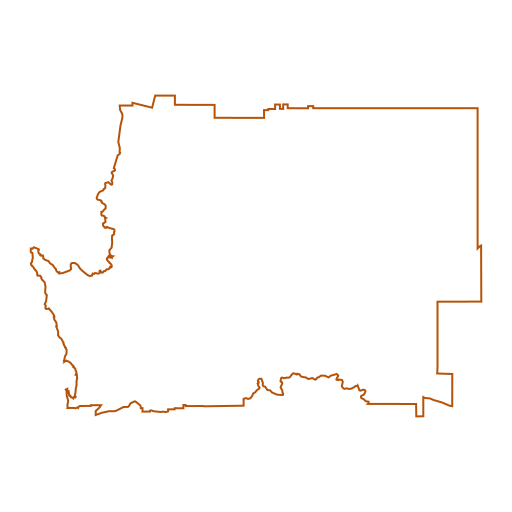 outline of Murray, Western Australia, Australia
{"feature_id": "25037944B25972327200509", "entity_name": "Murray", "entity_type": "district", "adm_level": 2, "iso_a3": "AUS", "parent_name": "Australia", "parent_adm1": "Western Australia", "projection": "mercator", "projection_center": [115.802, -32.624], "detail": "fine", "context": "isolated", "style": "outline", "palette": "amber", "viewbox_px": 512, "rotation_deg": 0, "n_neighbors": 0, "source": "geoboundaries", "source_scale": "gbopen_adm2", "svg_char_len": 5932}
<svg xmlns="http://www.w3.org/2000/svg" viewBox="0 0 512 512"><path d="M477.6,248.5L477.6,108.2L313.2,108.2L313.2,106.1L308.1,106.1L308.1,108.3L287.7,108.2L287.7,104.4L283.2,104.4L283.2,108.9L279.9,108.8L279.9,104.5L275.1,104.5L275.1,109.0L268.3,109.0L268.2,110.1L264.0,110.1L264.1,117.9L214.6,117.8L214.6,104.9L174.9,104.8L174.9,95.6L155.2,95.6L152.1,107.7L132.5,102.8L132.5,105.5L119.7,105.5L120.1,109.9L122.2,113.8L122.5,115.9L122.3,118.2L120.5,125.4L118.3,142.0L119.8,148.0L119.6,152.4L120.1,152.8L119.6,154.0L117.7,155.4L113.8,168.2L114.7,168.9L115.1,170.2L114.2,171.0L113.4,171.1L111.7,172.3L111.9,173.3L113.2,175.5L112.4,178.9L111.4,180.4L112.3,182.3L112.2,184.3L111.8,184.7L110.8,184.5L108.4,182.2L105.3,183.1L105.1,184.0L105.4,185.3L105.2,188.2L103.5,189.2L103.3,190.3L99.7,191.9L99.0,192.6L97.8,194.6L96.7,197.8L96.8,198.8L97.6,199.6L100.6,200.3L101.4,200.8L101.9,201.8L100.8,200.9L102.0,202.8L104.7,204.4L105.7,205.7L105.6,208.4L104.5,209.3L102.5,211.7L101.3,211.9L101.4,214.8L101.7,215.5L103.2,215.7L104.3,216.2L104.8,216.6L104.9,217.5L106.0,218.0L105.1,218.5L105.5,222.0L102.9,223.6L103.1,225.4L103.5,226.2L105.2,227.9L106.3,227.8L106.5,227.0L107.7,227.2L109.6,228.1L113.8,229.1L114.4,229.9L114.5,231.5L114.0,232.0L114.2,233.9L113.6,234.7L112.5,235.1L112.1,235.8L112.3,236.3L111.9,237.4L112.2,242.7L111.6,247.6L109.3,250.4L109.6,253.5L110.4,255.2L111.0,255.5L110.4,255.8L110.3,256.3L111.0,256.1L111.9,256.7L111.9,256.4L111.7,256.4L111.9,256.2L112.9,256.3L111.9,257.1L111.9,257.5L111.6,257.3L111.1,257.7L110.6,257.6L111.5,257.1L110.8,257.3L110.4,256.8L108.9,256.7L109.0,257.1L109.4,257.1L108.7,257.4L108.6,256.3L106.8,258.6L106.9,259.4L107.9,261.0L109.5,262.5L109.6,263.1L110.4,263.4L111.3,264.6L111.8,265.8L111.6,266.7L110.2,266.7L110.0,267.3L110.4,267.6L109.5,267.9L109.0,268.9L107.7,269.4L106.6,269.3L105.2,271.0L104.1,271.0L103.1,272.3L102.7,272.2L101.9,272.7L101.2,272.3L101.0,271.8L100.7,271.7L100.4,270.6L99.8,270.8L99.9,271.2L99.6,271.5L100.1,272.0L100.1,272.7L98.4,273.7L95.0,273.0L94.2,273.9L93.5,273.9L92.8,273.5L92.4,274.0L92.1,275.5L89.9,276.1L87.5,275.0L81.8,270.4L79.7,268.1L78.2,265.5L77.0,264.4L74.7,263.0L72.2,263.0L71.2,263.5L70.6,265.4L71.2,268.9L69.6,270.5L63.5,272.8L61.4,273.3L59.8,273.2L59.2,273.6L58.4,272.7L58.7,272.2L57.8,272.3L57.4,272.0L56.2,270.5L55.8,268.8L55.0,268.3L52.7,265.0L50.0,263.3L48.5,261.1L45.2,259.9L43.2,258.2L43.2,256.7L42.8,255.4L41.0,255.7L40.2,255.1L40.4,254.3L38.8,253.4L38.2,251.3L38.4,250.4L38.9,249.8L38.7,249.2L34.0,247.3L33.6,247.3L32.6,248.7L30.8,248.5L30.7,251.5L31.1,252.5L32.2,252.8L32.5,253.5L32.8,257.5L31.9,262.2L30.9,263.2L31.0,264.1L31.5,264.8L31.4,265.4L33.2,266.8L34.1,268.7L35.3,269.8L35.4,270.4L36.3,271.0L37.0,272.4L37.3,273.9L37.1,274.4L37.5,275.6L40.1,275.7L41.5,277.6L41.3,278.3L42.1,279.7L44.6,282.2L45.5,286.6L45.1,292.5L46.3,294.8L46.8,295.1L46.1,301.3L44.7,304.2L45.8,305.8L45.4,307.6L45.6,308.6L45.9,308.9L48.5,308.8L49.6,309.5L49.6,309.3L51.8,311.9L54.1,315.5L54.2,316.1L53.7,316.8L54.4,317.3L54.1,318.6L54.3,319.6L55.9,321.8L56.4,323.0L56.8,326.1L56.2,326.4L58.0,331.2L58.2,332.5L58.0,335.1L59.3,337.1L61.3,338.8L62.0,340.0L63.6,342.9L63.4,343.7L63.9,344.3L63.9,345.1L64.8,346.1L65.0,347.3L65.8,347.8L65.7,348.3L66.6,349.8L66.5,353.6L65.0,356.3L64.3,359.8L63.8,360.9L64.2,361.4L65.0,361.1L64.8,361.5L65.6,361.0L67.7,361.1L70.6,362.9L71.5,364.3L72.7,365.3L73.5,366.9L73.4,367.3L73.7,367.4L73.7,366.9L73.0,365.5L73.5,366.0L74.0,367.3L75.3,368.8L75.5,370.3L76.3,371.7L76.6,373.5L75.9,374.0L75.7,374.8L76.8,374.8L77.2,378.4L76.8,378.9L76.8,380.7L76.4,381.7L76.7,384.2L76.4,384.6L76.5,386.0L75.9,387.7L75.4,393.1L74.9,394.7L74.9,395.8L75.6,396.4L75.6,397.2L74.9,397.6L73.9,397.2L73.3,398.3L72.9,397.6L71.0,397.3L70.4,395.7L69.6,395.9L69.2,395.5L68.8,392.6L68.5,393.1L67.5,392.0L68.0,390.7L67.0,390.0L67.2,388.9L65.8,389.5L66.5,390.8L66.8,396.0L67.4,397.7L68.2,401.0L67.3,405.5L67.7,406.7L67.4,408.0L73.7,407.9L75.5,408.3L77.4,407.5L78.1,407.9L78.1,407.2L79.8,406.0L90.9,405.9L90.9,405.2L101.0,405.2L99.6,407.4L95.7,411.0L95.7,415.0L102.1,412.7L109.0,411.2L114.7,411.2L117.1,410.3L123.5,407.0L128.0,406.9L129.0,406.0L130.5,403.3L134.8,401.3L135.6,401.6L140.2,405.3L140.6,406.0L140.8,408.1L142.5,408.1L142.5,411.6L149.9,411.6L149.9,410.7L151.6,410.4L153.0,411.1L157.7,411.7L161.1,412.0L163.0,411.6L165.6,412.1L168.1,411.4L168.1,409.3L174.6,409.3L174.7,408.2L183.4,408.3L183.4,405.0L185.6,405.0L185.8,406.1L203.0,406.0L203.9,406.3L243.6,405.7L243.6,398.9L245.7,398.1L248.1,398.9L250.4,398.3L252.2,395.9L253.2,393.4L255.1,392.4L256.7,390.4L259.3,388.4L259.6,387.8L259.3,387.0L258.5,386.3L258.1,385.2L258.2,384.3L257.7,383.7L258.7,382.8L258.5,381.7L258.0,381.6L257.9,380.8L258.6,379.2L259.7,378.7L261.4,378.8L262.9,383.0L262.7,385.1L263.0,385.7L263.9,386.4L265.0,386.6L267.4,390.0L270.1,390.4L272.1,392.5L277.2,394.7L282.7,395.0L283.1,394.7L283.2,394.0L282.3,391.9L282.3,390.3L280.7,387.8L280.7,387.0L282.3,383.4L281.9,382.1L281.2,382.0L280.5,381.2L281.1,378.2L282.0,377.6L284.5,378.2L286.1,377.7L289.1,377.6L290.1,376.9L291.6,374.8L293.0,373.4L293.8,373.3L296.8,374.5L297.1,373.8L299.3,374.2L300.8,376.3L302.9,377.0L305.7,377.4L308.4,379.0L312.3,378.1L315.2,379.7L316.4,379.0L316.5,378.4L317.3,377.6L319.1,377.1L320.8,375.7L324.9,375.7L328.5,377.4L330.8,375.7L336.7,374.0L338.1,375.3L338.2,375.9L336.6,378.5L336.5,379.6L337.8,380.1L338.3,380.1L338.7,379.5L342.0,380.0L342.8,381.8L341.8,386.3L342.8,387.8L344.3,388.9L346.6,388.3L348.3,388.9L350.7,388.9L354.4,387.1L355.6,385.9L357.5,386.0L357.7,385.6L359.5,390.4L360.3,390.7L363.4,389.7L364.9,390.1L365.4,391.1L365.0,392.6L363.7,394.8L361.3,395.8L360.9,396.9L361.4,398.1L363.5,399.1L365.9,401.3L368.5,401.6L368.7,402.9L367.8,403.9L416.1,404.0L416.3,416.4L423.3,416.3L423.3,397.1L424.9,398.0L429.8,398.4L433.8,400.1L441.8,402.4L449.8,405.8L452.2,406.2L452.3,374.0L437.2,373.5L437.5,367.7L437.5,301.7L481.3,301.6L481.1,245.6L479.8,246.3L477.6,248.5Z" fill="none" stroke="#b45309" stroke-width="2"/></svg>